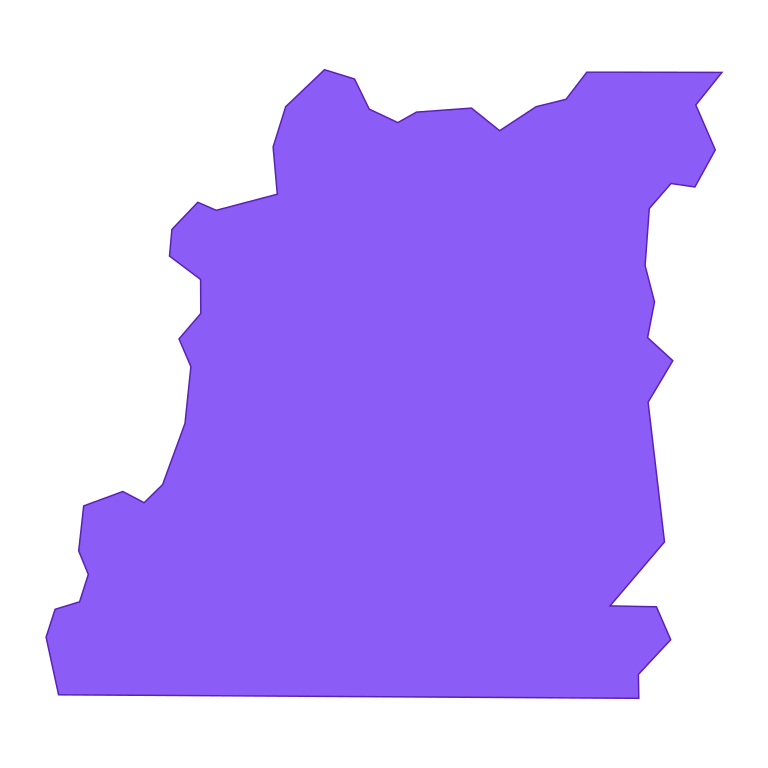 Lake, Colorado, United States of America (Mercator projection)
{"feature_id": "52423323B1208746636879", "entity_name": "Lake", "entity_type": "district", "adm_level": 2, "iso_a3": "USA", "parent_name": "United States of America", "parent_adm1": "Colorado", "projection": "mercator", "projection_center": [-106.349, 39.219], "detail": "fine", "context": "isolated", "style": "filled", "palette": "violet", "viewbox_px": 768, "rotation_deg": 0, "n_neighbors": 0, "source": "geoboundaries", "source_scale": "gbopen_adm2", "svg_char_len": 730}
<svg xmlns="http://www.w3.org/2000/svg" viewBox="0 0 768 768"><path d="M615.2,72.2L586.8,72.2L566.0,99.3L536.1,106.7L499.6,130.7L471.5,108.1L416.5,112.1L397.8,122.6L369.2,109.1L354.5,79.0L324.5,69.7L285.7,106.7L273.1,147.0L277.3,194.2L216.2,210.3L197.8,202.3L171.9,229.4L169.5,256.1L200.6,279.5L200.8,313.5L179.0,338.9L190.9,366.6L185.0,423.4L162.6,484.6L144.1,502.7L122.8,491.5L83.7,505.9L78.7,550.9L88.3,574.4L79.6,601.8L55.1,609.3L46.1,637.2L58.6,694.8L638.8,698.3L638.4,674.4L670.7,639.7L656.4,606.8L610.0,605.9L664.5,541.9L648.1,402.2L672.8,360.7L647.6,337.6L654.5,301.9L645.1,265.6L649.3,208.5L671.0,183.5L694.9,187.0L715.3,149.9L695.8,105.0L721.9,72.4L615.2,72.2Z" fill="#8b5cf6" stroke="#5b21b6" stroke-width="1.5"/></svg>